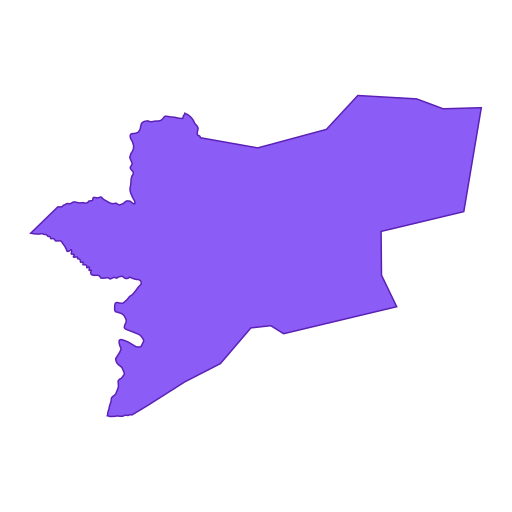 Santa Barbara, Santa Bárbara, Honduras (Mercator projection)
{"feature_id": "27666195B27779659720993", "entity_name": "Santa Barbara", "entity_type": "district", "adm_level": 2, "iso_a3": "HND", "parent_name": "Honduras", "parent_adm1": "Santa Bárbara", "projection": "mercator", "projection_center": [-88.269, 14.907], "detail": "fine", "context": "isolated", "style": "filled", "palette": "violet", "viewbox_px": 512, "rotation_deg": 0, "n_neighbors": 0, "source": "geoboundaries", "source_scale": "gbopen_adm2", "svg_char_len": 5976}
<svg xmlns="http://www.w3.org/2000/svg" viewBox="0 0 512 512"><path d="M481.3,107.7L443.2,108.8L416.6,98.9L357.8,95.5L326.4,129.4L257.7,147.9L200.3,137.7L200.2,136.8L199.8,136.2L198.9,135.6L197.8,135.3L197.6,135.0L197.4,134.6L197.3,133.4L197.3,132.0L197.9,129.6L198.1,128.3L197.8,127.4L197.2,126.2L196.6,125.4L195.4,124.2L194.5,123.0L194.1,122.3L193.7,121.0L193.2,120.2L192.3,118.9L190.6,116.9L188.0,114.8L186.6,114.1L184.9,113.3L184.9,113.7L184.6,114.2L183.8,115.3L183.3,116.2L183.1,117.1L183.1,118.0L182.9,118.2L182.6,118.4L180.8,118.4L178.5,118.2L176.3,117.6L174.3,117.2L171.2,117.0L166.4,116.2L165.6,116.2L165.0,116.3L164.4,116.7L163.0,118.5L161.5,120.0L159.6,120.9L155.6,121.1L153.7,121.3L152.2,121.7L151.2,121.8L149.6,121.5L148.6,121.2L147.7,120.8L147.4,120.9L144.4,121.4L143.3,121.9L142.3,122.6L141.6,123.3L141.2,124.2L140.2,128.7L139.8,130.1L138.9,131.2L138.3,132.1L137.5,132.6L135.9,133.2L133.8,133.5L132.2,133.6L131.5,133.8L131.0,134.1L130.6,134.5L130.3,135.1L130.2,135.9L130.3,137.0L130.5,138.3L130.8,138.9L131.3,139.7L132.4,141.7L133.4,144.9L133.6,145.8L133.6,146.7L133.5,148.1L132.8,150.6L132.1,151.8L130.9,153.6L130.4,155.3L129.8,157.0L130.0,158.2L132.2,163.5L132.1,164.0L131.8,164.7L130.9,166.2L130.4,167.0L130.3,167.6L130.3,168.1L130.8,169.2L132.9,171.7L133.2,172.1L133.3,172.6L133.2,173.7L132.9,174.6L132.7,175.1L132.1,175.6L132.0,175.9L131.6,177.2L131.1,179.1L130.8,184.3L130.0,188.5L130.0,189.6L130.3,191.6L130.9,193.6L132.8,197.9L134.6,201.0L134.9,202.5L134.8,203.3L134.6,203.8L134.2,203.9L133.2,203.5L132.5,203.0L130.4,201.4L129.9,201.1L127.2,200.9L126.6,201.0L126.0,201.3L124.8,202.1L123.7,203.2L122.8,203.7L120.4,204.7L119.5,205.0L119.0,205.0L118.4,204.7L116.5,203.4L116.1,203.2L115.7,203.2L113.8,203.6L112.8,203.7L111.5,203.5L110.0,203.0L104.1,199.7L102.8,198.7L101.6,197.3L101.0,197.0L100.2,197.1L99.5,197.5L98.5,197.6L97.0,198.0L96.7,197.9L96.2,197.7L95.5,197.6L94.8,197.4L94.1,197.4L93.7,197.5L93.3,197.7L93.0,198.1L92.8,198.9L92.7,200.0L92.3,200.5L91.7,200.8L90.3,200.8L89.0,201.0L88.5,201.5L87.7,202.6L86.3,203.0L84.5,203.2L84.1,203.0L83.7,202.7L83.4,202.6L80.0,202.9L79.1,202.9L74.9,202.0L74.0,201.9L73.5,202.0L72.8,202.3L70.2,203.8L67.4,203.5L66.9,203.6L65.8,204.1L64.5,205.0L63.3,205.3L62.3,206.5L61.5,206.9L59.8,206.9L58.6,206.8L57.8,206.9L30.7,233.2L34.7,233.9L37.5,234.0L38.5,234.1L39.5,234.0L41.4,233.7L42.2,233.7L43.1,233.9L43.9,234.4L46.2,234.6L46.6,234.8L48.0,236.4L49.0,236.5L49.7,236.5L50.0,236.6L50.4,237.3L50.5,237.7L50.6,238.3L50.8,238.6L51.1,238.7L51.9,238.6L53.2,238.6L53.9,238.9L54.3,239.1L55.1,240.4L55.6,240.9L56.0,241.0L56.6,241.0L59.6,240.8L60.6,241.0L61.3,241.3L61.7,241.8L62.4,243.0L64.8,246.3L66.4,249.5L66.7,250.5L67.1,251.2L67.4,251.4L67.7,251.4L68.7,251.3L69.2,251.0L70.8,249.8L71.1,249.7L71.3,249.8L71.5,250.2L71.7,251.2L71.2,253.3L71.3,254.0L71.6,254.2L73.7,254.2L74.0,254.3L74.1,254.5L74.2,254.8L74.1,255.2L73.6,256.0L73.4,256.5L73.4,256.8L73.6,257.1L73.8,257.2L74.3,257.3L76.3,256.9L76.9,256.9L77.2,257.0L77.5,257.4L77.6,258.4L77.8,258.8L79.4,259.0L79.9,259.4L80.4,260.8L80.4,261.7L80.6,262.2L81.1,262.3L82.6,262.1L82.9,262.2L83.2,262.4L83.3,262.8L82.9,264.2L82.9,264.5L83.0,264.7L83.7,264.8L85.1,264.8L85.8,264.9L86.3,265.3L86.7,265.9L86.7,267.3L86.8,267.6L87.0,267.8L87.6,267.6L88.6,266.9L88.9,266.9L89.1,267.0L89.3,267.6L89.1,269.9L89.1,270.2L89.3,270.4L89.5,270.5L89.8,270.4L90.5,269.9L90.8,269.9L91.1,270.1L91.2,270.4L91.3,270.8L90.8,272.1L90.7,272.7L90.7,273.2L90.9,273.8L91.2,274.2L91.5,274.6L92.0,274.9L93.5,275.3L97.5,275.3L98.6,275.5L99.5,276.0L100.3,277.2L100.5,277.7L100.7,277.9L101.0,278.0L102.4,278.2L103.9,278.1L105.7,278.0L106.9,277.7L107.7,277.7L108.5,277.9L109.5,278.7L110.0,278.9L110.9,278.7L111.5,278.5L112.6,277.8L113.9,277.5L114.8,277.5L115.5,277.7L116.3,278.1L116.9,278.1L117.2,278.0L118.3,276.9L120.1,276.6L121.5,276.3L122.1,276.3L122.7,276.5L123.0,276.7L123.6,277.4L125.3,278.4L126.0,278.5L127.1,278.5L128.4,278.1L129.5,277.1L132.9,278.5L134.0,278.9L136.8,279.5L137.9,279.5L138.9,279.7L140.2,280.5L140.7,281.0L140.9,281.3L141.1,282.3L141.2,283.5L141.2,284.0L140.9,284.4L138.1,287.3L135.7,290.7L132.9,294.1L131.7,295.2L130.4,295.9L129.6,296.5L128.8,297.4L127.4,299.3L124.7,301.8L123.2,303.0L122.9,303.2L122.3,303.2L121.0,303.2L119.7,303.1L119.1,303.0L117.7,302.5L116.4,302.6L115.9,302.8L115.4,303.1L115.2,303.5L115.0,304.2L114.7,305.9L114.6,308.9L114.8,310.4L115.3,311.4L115.5,311.7L115.9,311.8L117.4,312.2L120.5,313.2L121.9,313.8L122.7,314.3L123.6,315.1L124.4,316.2L125.1,317.5L125.7,318.8L126.2,320.3L126.2,321.4L125.9,322.6L125.0,324.5L124.4,326.3L124.3,327.4L124.4,327.8L124.6,328.1L125.4,328.9L126.5,329.5L137.3,333.7L139.4,334.7L140.1,335.2L140.8,335.9L142.0,337.4L142.9,338.6L143.5,339.8L143.6,340.3L143.6,340.9L143.5,341.4L143.2,342.2L141.8,345.0L140.9,346.6L140.7,346.8L140.3,346.9L138.6,347.0L136.8,346.9L135.8,346.6L128.3,342.1L126.6,341.3L123.9,340.3L121.9,339.7L121.0,339.6L120.4,339.6L119.9,339.8L119.6,340.1L119.3,340.5L119.1,341.0L119.1,341.6L119.2,343.4L119.9,345.9L120.1,346.5L120.6,347.2L120.8,347.8L121.0,348.5L120.9,349.2L120.4,350.8L119.5,352.6L115.8,358.4L115.7,359.0L115.8,359.8L116.0,360.8L116.4,361.8L116.8,362.7L117.4,363.6L118.3,364.6L120.4,366.2L121.8,367.5L122.1,367.9L122.6,369.0L124.1,372.6L124.3,373.4L124.3,374.0L124.1,374.5L123.5,375.4L121.6,378.0L120.9,378.5L119.7,379.1L118.6,380.1L118.3,380.5L118.1,381.6L118.4,385.0L118.4,386.4L118.3,387.4L116.1,393.0L115.7,393.8L114.5,395.3L113.2,396.1L112.4,396.8L111.7,397.7L111.4,398.1L111.3,398.8L111.2,400.2L111.0,401.3L110.7,402.4L109.5,406.0L109.0,408.7L107.8,412.6L107.7,413.5L107.7,415.0L107.5,415.4L107.3,415.7L108.2,415.9L109.2,416.3L110.1,416.5L114.0,416.4L116.0,416.2L116.9,415.9L120.5,416.3L121.8,416.3L122.7,416.2L123.3,416.0L124.1,415.7L124.7,415.2L125.0,415.1L126.7,415.3L127.9,415.5L130.1,414.7L132.0,414.9L147.8,405.4L184.9,381.8L220.4,363.6L250.9,327.9L270.8,325.7L283.6,333.7L396.7,306.7L381.5,275.2L381.1,231.4L463.8,211.6L481.3,107.7Z" fill="#8b5cf6" stroke="#5b21b6" stroke-width="1.5"/></svg>